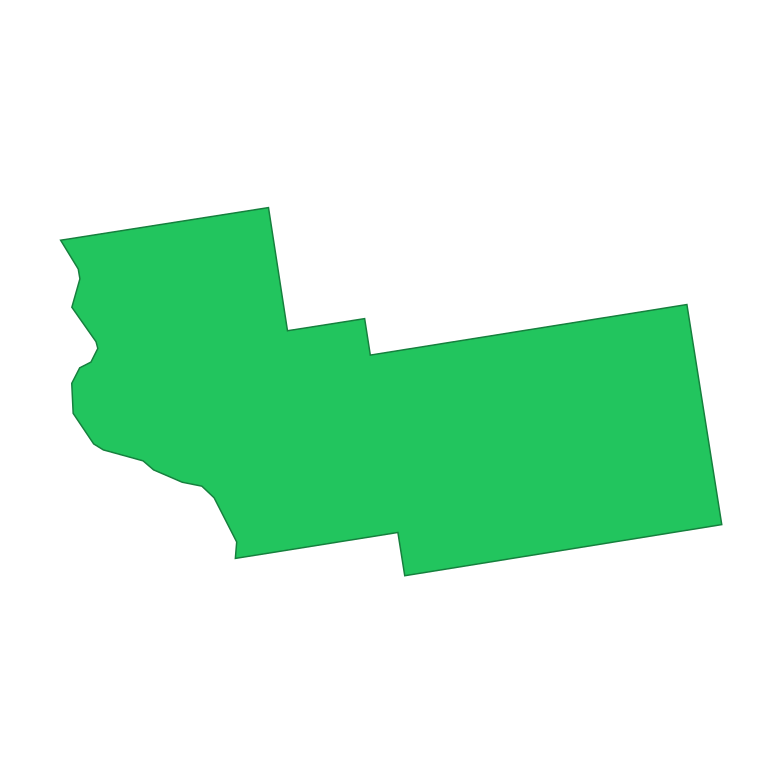 the district of Minidoka, Idaho, United States of America, rotated 81°
{"feature_id": "52423323B21939715817701", "entity_name": "Minidoka", "entity_type": "district", "adm_level": 2, "iso_a3": "USA", "parent_name": "United States of America", "parent_adm1": "Idaho", "projection": "robinson", "projection_center": [-113.693, 42.86], "detail": "fine", "context": "isolated", "style": "filled", "palette": "green", "viewbox_px": 768, "rotation_deg": 81, "n_neighbors": 0, "source": "geoboundaries", "source_scale": "gbopen_adm2", "svg_char_len": 504}
<svg xmlns="http://www.w3.org/2000/svg" viewBox="0 0 768 768"><g transform="rotate(81 384 384)"><path d="M191.7,470.5L191.4,680.9L222.6,668.0L232.6,667.9L259.4,680.3L297.2,661.8L304.1,661.1L316.5,670.0L320.4,682.0L334.5,692.3L364.4,695.6L397.8,680.1L405.2,671.5L422.2,634.0L432.8,625.0L449.5,598.6L456.4,579.9L469.8,569.6L517.0,554.2L533.0,558.1L532.8,393.5L576.6,393.5L575.7,72.4L352.9,72.4L353.3,393.0L316.4,392.9L316.3,471.0L191.7,470.5Z" fill="#22c55e" stroke="#15803d" stroke-width="1.5"/></g></svg>